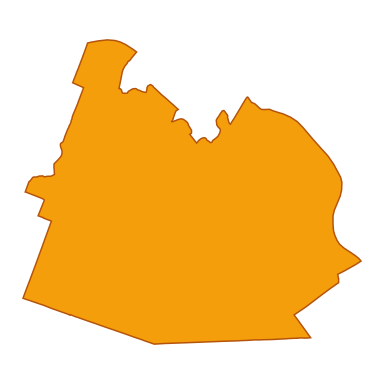 Radovanu, Calarasi, Romania (Mercator projection)
{"feature_id": "2599482B28336823997090", "entity_name": "Radovanu", "entity_type": "district", "adm_level": 2, "iso_a3": "ROU", "parent_name": "Romania", "parent_adm1": "Calarasi", "projection": "mercator", "projection_center": [26.509, 44.188], "detail": "fine", "context": "isolated", "style": "filled", "palette": "amber", "viewbox_px": 384, "rotation_deg": 0, "n_neighbors": 0, "source": "geoboundaries", "source_scale": "gbopen_adm2", "svg_char_len": 5552}
<svg xmlns="http://www.w3.org/2000/svg" viewBox="0 0 384 384"><path d="M128.0,334.9L132.9,336.7L142.4,339.9L143.0,340.1L143.5,340.4L153.6,343.9L154.2,344.1L156.3,344.0L164.5,343.5L189.5,342.6L225.2,341.2L235.7,340.9L243.6,340.5L246.8,340.4L254.7,339.9L257.0,339.9L259.7,339.9L262.0,339.8L263.9,339.7L269.7,339.6L274.8,339.4L277.6,339.2L281.7,339.0L284.3,338.9L288.2,338.6L291.8,338.4L294.9,338.3L297.1,338.2L299.9,338.0L301.9,337.9L303.1,338.0L304.2,338.1L308.1,338.0L309.4,337.8L310.6,337.7L303.7,328.1L300.7,324.0L297.8,319.9L294.2,315.1L294.1,314.9L294.8,314.4L301.8,309.7L305.9,306.9L310.0,303.8L316.9,298.5L323.0,293.9L329.2,289.3L331.4,287.7L334.3,285.7L336.1,284.4L338.6,282.7L338.6,280.0L338.7,279.3L338.0,276.1L338.0,275.6L337.7,274.3L344.2,271.0L354.5,265.2L356.6,264.0L361.0,261.1L360.3,260.2L358.9,258.6L356.3,256.4L356.0,256.2L354.2,254.9L352.5,253.8L351.6,253.1L346.7,249.9L345.2,248.9L343.6,247.8L339.5,244.2L337.0,240.3L334.9,235.5L333.5,230.8L333.0,223.8L333.0,215.9L334.3,210.3L340.2,196.1L341.6,189.9L341.9,182.7L340.7,177.4L337.4,171.2L333.5,164.0L327.8,155.8L321.6,149.0L312.8,139.1L302.8,127.3L297.2,121.6L293.9,119.4L290.5,117.2L282.9,113.8L280.8,113.2L279.2,112.8L275.3,111.5L273.5,111.0L271.1,110.0L269.5,109.3L267.9,109.4L265.2,109.5L262.0,109.5L260.2,108.7L258.4,107.1L256.6,105.4L255.2,104.1L254.4,103.6L253.4,103.2L252.4,102.6L252.0,102.5L251.6,102.6L248.8,98.6L248.3,97.8L247.9,97.4L247.7,97.1L247.3,97.1L247.1,97.2L246.6,97.8L246.3,98.1L242.4,104.5L241.7,105.7L240.3,108.1L239.8,108.9L234.8,117.3L232.4,121.0L231.3,122.7L230.7,123.8L230.4,124.2L230.2,124.0L229.7,123.7L229.4,123.3L229.1,122.9L228.9,122.4L228.1,119.5L228.0,119.0L227.7,118.2L227.6,117.9L227.6,117.2L227.7,116.1L227.5,115.5L227.5,115.2L227.3,114.9L227.0,114.5L225.9,113.1L225.1,111.9L224.7,111.3L224.1,110.8L224.0,110.6L223.7,110.5L222.5,110.9L222.1,111.1L221.9,111.4L221.6,111.9L220.6,113.2L220.1,114.1L218.7,116.3L217.3,118.3L216.5,119.6L216.3,120.3L216.3,121.3L216.6,123.1L216.8,125.0L218.1,127.0L219.1,128.0L219.8,128.6L220.3,129.7L220.3,130.8L220.2,131.4L219.9,132.2L219.7,133.0L219.3,133.8L218.1,136.1L217.5,136.7L216.9,137.2L216.1,138.0L215.7,138.2L215.2,138.7L214.8,139.0L214.0,139.6L213.6,139.8L213.0,140.3L212.8,140.4L212.5,140.8L212.4,141.1L212.3,141.5L212.2,141.8L211.9,142.2L211.6,142.3L211.1,142.5L210.5,142.6L210.3,142.6L209.9,142.3L209.2,141.6L208.8,141.3L207.0,140.2L206.1,138.6L205.8,138.3L205.6,138.1L204.9,137.9L204.4,137.8L203.5,137.8L202.6,138.0L202.0,138.2L201.2,138.6L200.3,139.2L199.6,139.7L198.9,140.4L198.4,140.7L198.2,141.1L197.9,141.7L197.1,142.6L196.6,143.0L189.7,134.3L191.4,133.3L191.5,132.1L191.6,130.7L191.3,130.0L190.7,128.9L189.7,127.3L188.8,126.0L188.1,123.9L187.6,122.9L186.4,121.5L185.2,120.7L183.5,119.4L181.8,118.9L180.0,119.0L177.9,119.6L174.3,121.1L173.3,121.5L172.0,121.8L171.7,121.5L172.0,121.2L172.5,120.4L172.9,119.4L173.1,119.0L173.7,116.9L175.0,113.2L175.4,112.3L175.7,111.5L176.0,111.0L176.2,110.8L176.8,110.4L177.3,110.1L178.0,109.6L178.3,109.4L178.2,109.3L177.5,108.8L176.3,107.7L172.4,104.1L171.6,103.5L171.4,103.3L170.4,102.4L166.1,98.5L161.3,94.5L159.3,92.5L155.4,88.8L153.6,87.3L153.1,86.3L152.6,85.9L151.7,85.3L150.7,84.6L149.9,84.8L147.7,86.1L147.0,87.8L146.9,89.1L146.7,90.6L146.0,92.4L144.8,92.3L143.3,91.9L142.1,91.6L140.1,90.7L139.3,90.2L138.9,90.2L138.1,90.1L137.6,89.9L137.4,89.7L137.0,89.3L136.5,88.9L135.7,88.6L134.9,88.6L134.1,88.7L132.6,88.9L131.4,89.5L130.1,90.4L128.7,91.1L128.1,91.6L127.6,92.9L127.2,93.1L126.5,93.2L125.0,93.2L123.8,93.3L122.8,93.1L122.4,92.8L122.0,92.1L121.7,90.8L121.4,89.9L120.8,89.2L120.0,88.7L119.0,88.6L119.1,87.9L119.6,85.5L120.9,79.1L121.2,77.6L121.9,74.0L122.0,73.2L122.2,72.4L122.5,71.4L122.7,70.7L122.8,70.1L123.0,69.7L123.9,67.9L124.3,67.2L124.6,66.6L125.0,65.9L125.3,65.6L126.9,63.7L127.0,63.5L127.4,62.8L128.1,61.5L128.4,61.1L128.6,61.1L129.1,61.0L129.7,60.5L131.0,58.9L131.8,57.8L132.0,57.5L136.6,52.0L133.1,49.4L125.7,44.6L120.0,41.9L114.9,40.5L111.1,40.2L107.2,39.9L98.2,40.9L90.6,42.3L87.6,43.0L86.3,46.8L85.2,49.9L84.7,51.3L82.7,56.6L81.8,59.1L81.3,60.4L79.6,64.9L78.2,68.6L76.7,72.2L75.5,75.5L73.6,80.2L73.3,81.2L72.8,82.6L72.7,82.8L83.5,87.6L82.7,90.2L82.3,91.2L81.5,93.3L79.2,99.4L77.3,104.6L77.0,105.3L74.6,111.1L73.7,113.1L73.4,113.8L73.1,114.6L72.8,115.4L72.5,116.4L72.1,117.4L72.1,118.1L71.9,119.1L71.6,119.6L71.4,120.0L71.2,120.9L71.0,121.8L70.9,122.2L70.4,123.5L70.1,124.3L69.9,124.7L69.7,124.9L69.4,125.3L68.8,127.0L68.2,128.3L67.7,129.2L67.1,130.7L65.7,134.3L65.0,136.0L64.7,136.6L64.7,137.1L63.6,140.2L63.2,141.3L63.0,141.7L62.5,142.2L61.6,142.8L60.7,143.5L60.5,143.9L60.4,144.6L60.4,145.1L60.4,145.8L60.8,147.3L62.0,150.7L62.0,153.5L61.2,156.0L60.1,157.5L57.3,160.6L55.1,162.8L54.0,164.0L54.0,164.9L54.0,166.2L53.9,167.5L54.2,169.3L54.3,172.2L54.5,174.4L53.3,175.1L51.2,176.1L50.1,176.3L48.7,176.2L46.5,176.4L45.9,176.6L45.1,176.8L44.1,176.7L42.6,175.9L38.8,176.1L37.7,176.8L36.2,177.0L34.1,177.0L33.6,177.0L33.0,177.3L32.4,177.9L31.2,179.5L30.4,180.6L29.3,181.5L29.0,181.6L25.2,192.0L26.7,192.4L28.9,193.3L36.8,196.4L41.2,198.1L43.4,199.2L43.8,199.5L44.0,199.8L44.3,200.3L38.1,215.8L43.4,217.7L43.5,218.1L51.4,221.1L43.8,242.1L36.4,262.5L33.6,270.0L31.2,276.4L30.4,278.6L28.1,284.6L26.2,289.6L23.6,296.6L23.0,298.3L25.1,299.0L39.8,304.0L43.2,305.1L51.8,308.5L60.3,311.5L62.3,312.2L68.0,314.2L69.6,315.0L70.1,315.2L70.4,314.6L73.3,315.8L74.6,316.4L77.8,317.4L80.2,318.3L92.2,322.5L93.3,322.8L100.5,325.4L111.2,329.1L120.5,332.3L122.8,333.1L124.1,333.5L127.1,334.6L128.0,334.9Z" fill="#f59e0b" stroke="#b45309" stroke-width="1.5"/></svg>